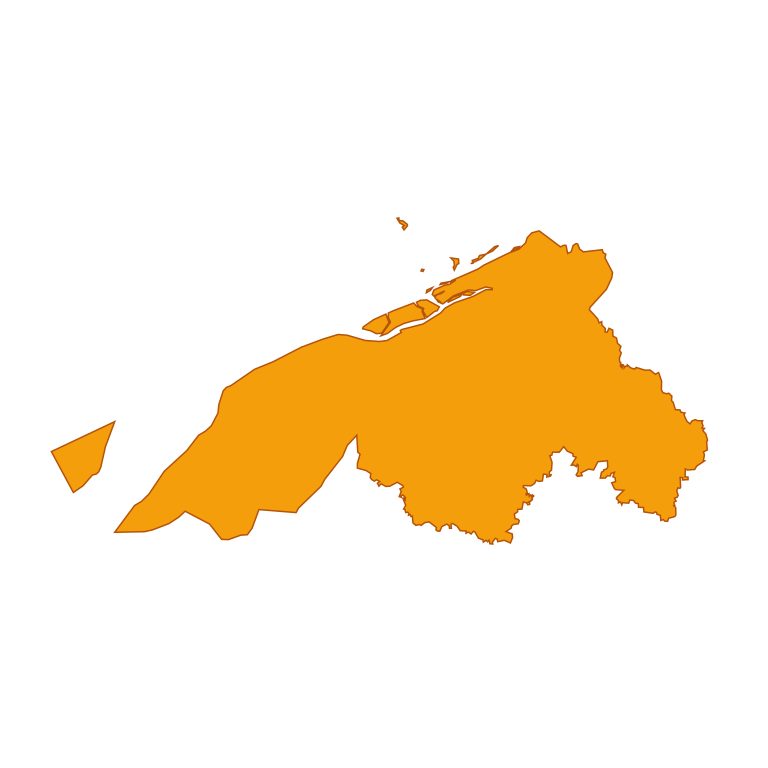 outline of Lakshmipur, Chittagong, Bangladesh, rotated 94°
{"feature_id": "16705992B31973889793084", "entity_name": "Lakshmipur", "entity_type": "district", "adm_level": 2, "iso_a3": "BGD", "parent_name": "Bangladesh", "parent_adm1": "Chittagong", "projection": "albers", "projection_center": [90.887, 22.836], "detail": "fine", "context": "isolated", "style": "filled", "palette": "amber", "viewbox_px": 768, "rotation_deg": 94, "n_neighbors": 0, "source": "geoboundaries", "source_scale": "gbopen_adm2", "svg_char_len": 6125}
<svg xmlns="http://www.w3.org/2000/svg" viewBox="0 0 768 768"><g transform="rotate(94 384 384)"><path d="M220.4,239.9L222.9,247.1L228.0,251.3L233.4,252.6L240.3,259.1L244.8,268.9L258.5,292.7L262.8,298.3L276.2,323.9L278.2,325.3L275.2,319.5L280.0,325.6L281.3,330.5L286.8,340.8L291.2,342.1L292.8,340.4L286.9,330.0L289.7,333.0L291.3,337.4L293.8,339.3L295.2,338.6L298.7,332.5L297.3,336.5L298.2,335.9L300.0,330.9L291.0,320.5L284.3,306.3L284.5,299.2L280.1,289.2L281.0,282.7L282.4,282.6L282.7,288.8L290.5,301.4L298.1,319.3L304.2,328.5L309.2,332.4L321.5,349.4L328.5,370.3L329.6,371.5L331.4,370.3L340.4,384.0L341.9,391.5L341.9,405.7L337.9,424.1L337.8,433.2L343.5,448.1L353.1,469.1L369.7,496.5L378.3,514.0L396.4,536.8L398.4,541.0L402.0,543.9L415.9,547.3L424.6,547.6L437.7,553.3L443.3,558.6L448.1,565.4L464.1,576.0L486.5,597.2L510.2,610.8L518.1,617.8L522.6,624.3L550.7,642.3L548.0,612.4L545.7,604.8L538.2,588.7L531.1,579.4L524.8,573.5L535.9,548.2L550.3,535.2L550.1,528.4L544.8,516.4L543.9,509.8L537.0,505.5L518.0,500.0L518.4,462.7L513.7,460.6L490.6,439.8L483.0,436.3L459.1,420.2L447.9,416.4L437.0,407.6L453.8,405.4L455.7,403.0L465.1,405.0L469.8,404.7L471.5,396.0L474.3,390.9L478.4,391.2L480.3,389.4L481.6,386.8L480.1,384.8L481.5,381.4L483.5,383.7L486.3,381.9L483.7,379.9L486.1,375.1L485.5,371.0L481.1,363.9L484.1,358.1L485.6,357.5L487.6,360.8L490.0,359.3L495.3,361.0L495.8,358.8L494.0,358.9L493.4,357.3L495.9,354.6L498.1,354.8L496.3,356.1L496.6,357.2L503.6,353.9L507.4,355.7L507.6,354.4L510.7,353.4L510.2,351.4L511.1,350.4L513.2,350.4L512.4,348.9L514.4,347.7L513.8,346.5L520.6,345.4L522.8,342.3L521.7,338.7L522.5,337.1L519.5,333.8L518.4,329.4L523.4,321.8L525.9,322.0L527.0,320.3L526.9,318.0L522.2,316.4L519.4,311.6L520.9,309.1L523.4,308.6L523.3,306.7L519.3,307.4L518.3,306.0L520.8,301.1L525.0,297.8L525.0,291.8L527.2,291.8L525.8,289.3L527.6,286.7L524.9,284.8L525.0,283.2L531.2,279.0L532.5,274.4L534.8,273.9L532.8,271.2L534.2,269.6L532.5,268.3L536.0,267.2L536.0,264.3L534.2,264.8L530.2,262.2L530.9,260.3L533.4,259.5L531.5,253.1L533.8,246.8L528.2,245.0L524.6,245.6L522.7,252.0L518.9,247.1L516.5,246.7L515.0,244.9L514.1,240.3L511.0,239.5L509.6,240.8L509.2,243.8L504.6,244.9L502.2,241.8L499.7,241.8L499.2,237.7L492.0,236.8L492.6,233.5L494.5,232.2L493.9,230.3L492.0,230.4L491.8,231.8L489.8,228.4L488.4,227.9L487.7,228.9L485.3,226.8L484.3,228.2L486.0,228.6L484.5,229.9L486.0,231.2L483.3,231.7L484.8,234.2L483.5,234.6L483.0,233.3L478.9,234.7L477.1,238.0L475.6,237.8L475.3,230.1L472.6,226.8L469.4,225.5L470.4,222.6L469.6,219.2L462.8,218.7L462.9,215.2L465.5,215.1L464.3,211.5L462.9,211.0L463.3,212.7L460.1,212.9L458.3,210.9L450.5,210.9L443.9,213.6L443.3,211.6L440.2,211.1L439.8,204.4L434.0,200.3L438.3,196.4L440.3,190.7L442.8,190.4L443.7,187.1L451.9,191.5L451.6,188.9L453.0,186.3L450.6,185.6L451.4,184.5L457.9,184.3L461.2,186.0L462.6,184.5L461.6,179.9L458.8,181.2L454.6,173.9L455.1,168.9L446.6,165.2L445.0,155.8L451.2,155.0L453.2,156.0L454.3,158.8L455.7,159.0L456.8,160.9L462.8,161.7L462.4,156.7L460.1,154.9L459.8,151.8L457.3,151.2L456.0,147.9L460.6,149.2L461.4,146.9L465.3,146.2L466.6,150.0L471.8,147.2L473.2,145.7L473.3,137.3L481.0,144.1L482.3,144.1L483.9,141.9L486.2,141.9L485.2,139.8L488.0,138.4L485.8,137.8L485.8,131.6L482.6,130.6L482.8,126.9L485.3,124.9L485.6,122.0L489.2,121.5L489.1,116.5L493.5,115.8L494.2,106.4L492.7,104.7L493.1,103.1L494.9,102.6L495.8,99.2L500.8,98.3L499.8,96.0L501.2,94.3L501.2,91.5L498.1,90.7L496.0,84.7L494.2,83.7L486.9,84.4L485.3,86.5L484.7,85.4L483.1,86.4L481.4,86.3L480.5,84.4L477.7,86.3L476.4,83.5L474.5,82.8L470.5,84.5L467.1,83.6L467.4,81.5L466.3,80.9L456.6,82.1L456.5,79.5L458.9,79.6L458.2,74.0L455.7,74.2L455.5,77.2L447.7,77.5L448.6,75.3L447.6,68.1L444.0,66.3L438.3,58.8L438.1,60.1L432.4,59.4L429.4,60.6L427.3,56.9L419.2,58.1L417.5,57.3L411.6,59.4L408.1,62.7L405.9,61.2L405.7,63.8L403.5,62.8L400.5,64.2L398.4,63.6L398.8,68.8L397.8,70.7L399.2,74.1L402.4,76.0L400.1,79.1L396.4,81.3L393.5,82.6L392.0,81.7L391.4,85.9L389.2,86.9L389.3,91.5L382.0,94.3L380.6,96.0L376.0,96.0L373.3,99.3L374.0,101.2L373.2,105.1L370.5,106.9L362.0,107.2L353.4,110.8L355.3,114.1L351.5,119.6L352.0,124.6L349.9,133.7L351.4,134.5L351.4,136.3L350.6,139.2L347.9,142.6L349.3,142.7L349.4,144.6L350.7,145.2L348.1,146.9L348.2,148.3L351.5,147.2L349.9,149.4L346.3,149.2L345.3,150.5L342.0,151.0L336.5,149.5L333.8,151.4L330.0,150.3L327.1,153.9L321.9,155.3L320.2,159.0L314.3,159.6L312.7,163.4L316.8,165.0L316.6,167.1L313.2,167.1L310.1,170.7L306.6,171.2L308.0,173.7L304.1,175.4L295.5,184.4L293.0,183.7L274.0,168.7L262.2,164.2L256.8,163.8L242.7,172.4L239.0,171.8L237.8,174.5L234.8,175.6L238.3,194.4L235.8,198.2L230.9,200.5L230.5,202.2L232.7,205.0L239.0,206.5L241.0,209.9L233.1,212.1L232.9,213.9L234.9,217.5L220.4,239.9ZM474.6,711.1L513.9,686.3L506.5,677.1L495.1,668.5L493.9,664.8L491.6,662.5L486.6,660.7L465.9,657.5L440.3,650.0L474.6,711.1ZM319.0,359.6L315.8,347.5L309.2,351.0L306.5,350.7L304.3,356.7L301.1,360.0L310.4,380.1L312.9,384.6L317.3,384.4L322.0,381.9L336.1,390.4L333.3,384.1L326.8,376.4L322.3,368.5L319.0,359.6ZM330.4,409.2L331.9,400.9L334.3,395.2L333.5,389.8L322.4,383.3L314.1,387.0L320.6,398.9L328.5,408.7L330.4,409.2ZM308.6,350.2L314.7,346.0L308.1,338.6L307.2,336.0L303.2,334.2L297.1,347.2L298.0,353.6L300.2,357.3L303.8,355.3L305.9,349.7L308.6,350.2ZM254.1,318.4L253.6,326.1L256.5,322.9L261.0,322.0L262.6,323.1L265.5,321.8L259.5,319.4L258.7,317.8L254.1,318.4ZM217.8,382.6L222.3,379.4L224.5,374.8L226.2,376.7L228.9,374.8L224.5,371.6L223.1,371.9L220.0,376.4L219.9,380.4L217.3,380.8L217.8,382.6ZM256.7,303.7L252.7,296.5L247.3,291.2L249.2,297.7L252.1,298.8L254.6,304.6L256.7,303.7ZM289.6,311.1L289.5,304.1L286.4,300.3L285.9,307.7L288.0,311.1L289.6,311.1ZM298.2,326.2L291.2,313.8L289.0,312.7L292.7,321.8L298.2,326.2ZM247.3,291.2L243.8,285.0L237.9,279.4L239.2,283.1L247.3,291.2ZM290.0,348.1L287.4,344.3L284.4,342.4L287.3,347.8L290.0,348.1ZM280.9,335.0L278.7,327.5L277.5,326.6L279.5,334.3L280.9,335.0ZM241.7,265.5L239.1,259.6L237.5,258.6L238.8,263.4L241.7,265.5ZM268.6,355.0L269.0,352.9L267.1,352.2L266.9,354.3L268.6,355.0ZM257.8,305.9L257.4,303.8L257.1,303.5L256.7,303.7L257.8,305.9Z" fill="#f59e0b" stroke="#b45309" stroke-width="1.5"/></g></svg>